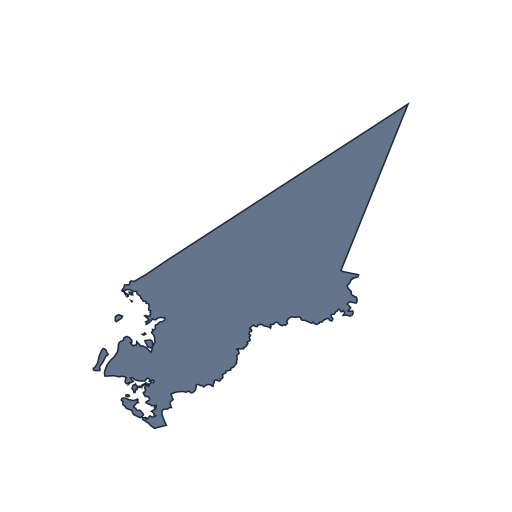 Lunga Lunga, Coast, Kenya, rotated 112°
{"feature_id": "3690345B53478860661951", "entity_name": "Lunga Lunga", "entity_type": "district", "adm_level": 2, "iso_a3": "KEN", "parent_name": "Kenya", "parent_adm1": "Coast", "projection": "albers", "projection_center": [39.245, -4.434], "detail": "fine", "context": "isolated", "style": "filled", "palette": "slate", "viewbox_px": 512, "rotation_deg": 112, "n_neighbors": 0, "source": "geoboundaries", "source_scale": "gbopen_adm2", "svg_char_len": 6183}
<svg xmlns="http://www.w3.org/2000/svg" viewBox="0 0 512 512"><g transform="rotate(112 256 256)"><path d="M58.1,171.9L293.6,337.1L314.6,351.2L325.1,359.4L326.0,362.7L327.1,363.1L330.0,362.5L332.1,367.1L334.8,366.6L337.3,367.5L338.5,367.3L338.7,365.2L337.9,366.0L337.2,364.8L335.6,363.3L334.4,360.4L334.9,356.4L334.0,354.8L333.8,353.5L335.8,351.8L336.6,347.9L338.1,347.2L338.4,346.1L340.1,343.8L339.4,341.3L340.9,340.4L340.5,338.5L341.0,337.3L343.4,335.9L344.9,336.0L346.4,335.0L346.1,333.2L348.0,333.1L348.9,332.0L350.2,332.2L351.1,331.6L352.8,334.6L352.3,335.7L353.2,336.8L353.8,335.3L353.6,333.7L354.8,333.2L354.8,331.9L355.9,331.2L358.4,333.7L359.1,332.6L360.5,332.2L359.7,331.3L355.5,328.9L353.2,328.6L353.1,325.7L352.0,324.5L350.2,323.9L348.4,320.8L348.0,318.3L347.3,317.7L348.2,316.8L349.2,316.5L350.6,317.2L351.7,318.1L353.3,320.5L356.2,321.8L357.5,323.3L358.9,323.2L360.7,322.1L362.6,322.7L362.8,324.5L364.4,323.6L365.8,324.3L366.8,323.2L367.5,321.4L370.0,319.2L372.1,318.5L373.4,317.2L374.7,317.8L377.3,317.7L378.9,318.1L382.7,317.2L384.6,317.4L382.0,323.7L381.7,326.6L382.0,328.1L383.0,329.3L382.0,330.2L380.1,334.5L383.5,333.5L384.0,335.2L385.4,336.4L383.6,340.0L382.7,338.7L380.8,339.5L379.7,341.1L379.0,343.3L379.0,345.8L381.0,347.7L384.4,347.7L385.8,349.5L387.7,350.4L389.7,350.4L392.6,349.3L396.7,348.6L402.4,349.6L407.3,351.9L413.0,353.3L419.3,353.2L421.6,352.6L424.0,351.0L420.2,342.9L419.3,337.7L417.6,335.0L417.1,332.2L417.3,330.8L419.8,330.8L422.2,329.9L423.0,328.1L421.1,326.5L422.8,326.2L420.5,325.0L418.4,322.7L416.2,326.7L415.2,325.3L415.2,323.5L416.2,322.9L415.8,318.3L414.9,315.5L414.0,314.0L413.9,312.7L411.6,311.4L410.1,311.4L409.5,310.6L410.7,307.7L412.0,308.1L411.7,306.6L409.8,305.8L409.9,303.6L412.0,303.7L412.0,305.0L413.9,306.6L417.1,306.9L416.4,307.8L415.3,308.2L417.3,309.8L418.4,309.4L419.7,310.0L421.5,308.4L423.9,308.1L424.7,309.4L426.2,308.3L426.9,306.8L427.8,306.1L427.1,305.2L427.2,302.1L429.1,300.7L432.3,303.2L433.3,303.0L433.6,300.2L433.2,298.5L434.0,297.4L433.8,296.1L431.9,293.0L432.3,292.2L433.6,292.0L433.6,293.4L434.7,293.5L435.6,292.0L439.2,294.9L439.6,292.7L440.4,291.5L441.7,291.0L441.7,289.2L443.5,290.5L444.2,292.1L444.0,294.6L447.4,295.5L448.3,296.9L447.1,297.1L447.2,298.3L448.0,299.2L448.2,300.6L449.8,300.1L450.1,299.2L451.3,293.2L452.9,289.5L453.9,285.7L446.5,275.7L442.6,279.8L437.8,284.0L435.0,285.0L433.8,284.8L432.5,284.0L431.0,280.6L429.0,279.6L428.2,277.6L425.2,280.4L424.0,280.8L423.2,280.8L420.2,279.0L417.9,281.4L415.5,283.1L411.8,278.6L409.1,273.4L408.4,269.6L406.5,267.8L407.1,265.0L406.7,264.0L405.1,262.6L402.8,262.0L399.2,262.5L398.2,263.2L397.8,263.0L396.6,261.3L397.0,259.3L396.2,257.1L397.0,255.5L393.4,253.1L392.4,250.3L393.1,248.3L392.9,246.9L390.9,247.7L389.0,247.3L387.0,247.9L386.0,246.9L385.7,243.2L384.7,242.5L382.4,242.0L381.7,241.3L380.8,241.3L378.8,242.4L377.7,242.2L375.8,240.2L373.8,240.7L371.4,236.8L369.3,237.1L367.4,235.2L362.2,233.8L361.2,234.6L358.8,234.8L355.1,236.5L352.5,235.2L350.1,237.0L349.6,238.8L349.0,238.3L347.8,235.1L346.9,233.9L346.9,232.8L346.1,232.6L345.2,233.0L343.6,231.4L340.6,230.7L340.2,230.7L339.3,232.2L336.9,230.0L336.0,229.9L333.8,232.0L332.0,231.2L331.5,231.4L330.8,233.5L330.2,233.6L328.5,233.4L327.6,231.9L326.1,232.5L325.7,233.0L326.1,234.4L325.4,234.8L321.5,232.9L321.1,232.0L321.6,230.6L321.2,228.9L321.0,228.5L319.1,228.3L317.3,225.3L317.8,222.6L317.0,217.6L317.5,215.5L315.7,215.6L314.5,217.0L314.0,216.8L312.8,214.1L310.6,213.5L309.9,212.4L309.5,210.9L310.7,208.9L310.9,205.5L310.0,205.1L309.4,204.3L309.3,202.8L306.6,201.6L305.0,203.1L301.5,202.3L299.6,200.8L298.9,199.7L298.3,196.9L296.1,193.0L296.6,191.3L297.5,190.9L298.3,189.2L297.3,186.5L297.5,179.5L296.9,178.7L295.8,178.3L296.8,176.7L296.8,174.3L294.8,172.3L293.2,172.0L292.8,170.2L289.9,169.1L287.2,166.4L286.7,165.1L288.0,163.8L288.1,162.0L287.7,161.3L285.8,161.1L285.1,161.6L284.1,163.6L282.4,164.2L281.9,164.1L280.6,161.7L277.6,161.0L276.7,160.0L274.5,159.7L274.2,159.2L274.4,158.2L275.9,156.5L275.2,155.1L274.4,155.1L274.4,153.1L275.8,152.6L278.4,153.0L277.1,150.8L276.5,146.3L274.6,144.6L272.8,144.5L271.4,145.0L270.7,146.0L272.3,148.3L272.5,150.1L271.6,150.2L270.8,149.3L268.5,148.8L266.3,153.3L264.5,152.7L263.2,151.5L262.3,145.7L261.1,145.1L260.3,145.6L259.4,145.6L258.2,146.1L256.5,147.6L256.9,149.1L256.3,150.6L256.5,151.9L255.1,153.7L253.2,154.4L251.7,158.0L250.3,159.8L249.2,160.3L245.6,158.9L242.1,159.0L242.0,158.5L240.7,157.6L239.9,157.7L239.1,155.8L237.2,153.7L235.0,153.8L237.8,169.2L237.8,171.8L58.1,171.9ZM445.6,313.5L447.4,311.9L448.9,309.9L449.3,302.8L448.5,302.0L445.4,300.8L444.3,301.8L442.5,305.8L443.5,308.1L443.3,309.2L442.2,310.5L442.2,312.0L441.6,313.0L437.1,311.7L435.9,310.1L434.6,312.2L433.6,311.4L433.0,312.3L435.9,315.3L436.9,321.0L436.8,324.3L437.7,326.5L438.8,327.1L440.1,327.0L440.9,324.7L443.6,323.9L444.2,321.6L445.5,319.9L445.9,318.6L445.6,313.5ZM404.6,357.6L403.8,356.6L402.5,356.2L401.4,358.0L399.3,360.0L398.8,361.6L399.1,363.1L400.4,363.6L406.6,364.0L414.7,362.8L419.9,363.7L420.9,364.8L422.0,364.5L422.8,363.3L420.9,358.1L419.5,358.0L418.3,359.2L416.8,359.4L410.9,358.1L404.6,357.6ZM376.9,326.8L380.8,322.1L380.5,318.9L378.9,318.1L374.7,319.7L373.7,320.7L373.4,322.6L376.0,327.3L376.9,326.8ZM365.2,363.6L368.4,362.5L369.3,361.0L363.8,357.2L361.7,357.2L361.8,361.2L363.3,362.8L365.2,363.6ZM424.4,316.3L421.0,317.3L420.7,318.8L419.8,319.8L421.0,320.1L421.2,321.0L421.8,321.6L425.4,321.4L426.2,319.6L428.3,318.0L427.9,317.0L424.7,317.4L424.4,316.3ZM337.0,360.1L338.1,359.3L338.5,358.1L338.7,356.8L338.1,355.6L336.4,356.9L336.5,358.8L337.0,360.1ZM434.8,323.9L434.6,321.9L433.2,320.9L432.5,322.0L432.8,323.4L433.6,324.5L434.8,323.9ZM419.7,313.5L418.1,311.3L416.4,311.4L418.1,313.3L419.7,313.5ZM371.4,330.4L369.6,328.9L369.0,330.4L370.3,330.8L371.2,332.1L371.4,330.4ZM421.8,315.5L421.0,314.0L420.8,312.6L419.7,313.5L420.6,315.6L421.8,315.5ZM342.1,359.9L341.1,359.4L339.8,359.6L339.4,362.2L340.9,360.3L341.9,360.4L342.1,359.9ZM338.7,365.1L340.6,362.7L339.1,363.3L338.6,364.2L338.7,365.1ZM416.4,311.3L415.9,310.3L415.1,309.6L414.7,310.8L416.4,311.3ZM345.0,353.9L344.2,353.8L344.2,355.2L345.0,353.9Z" fill="#64748b" stroke="#1e293b" stroke-width="1.5"/></g></svg>